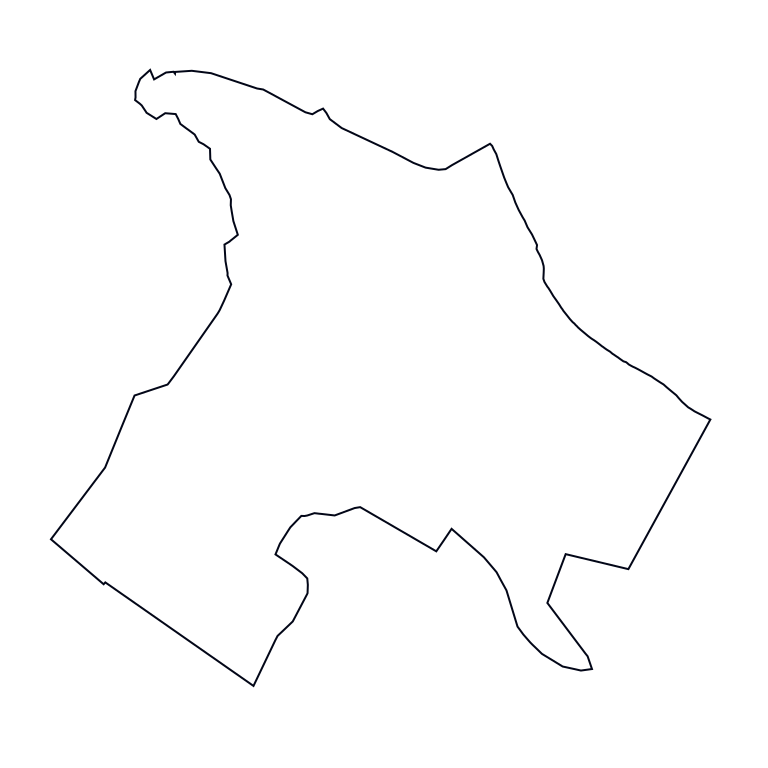 outline of Vide Bouteille, Castries, Saint Lucia, rotated 92°
{"feature_id": "8701671B48766638933033", "entity_name": "Vide Bouteille", "entity_type": "district", "adm_level": 2, "iso_a3": "LCA", "parent_name": "Saint Lucia", "parent_adm1": "Castries", "projection": "mercator", "projection_center": [-60.981, 14.025], "detail": "fine", "context": "isolated", "style": "outline", "palette": "ink", "viewbox_px": 768, "rotation_deg": 92, "n_neighbors": 0, "source": "geoboundaries", "source_scale": "gbopen_adm2", "svg_char_len": 3040}
<svg xmlns="http://www.w3.org/2000/svg" viewBox="0 0 768 768"><g transform="rotate(92 384 384)"><path d="M549.4,325.9L538.1,318.7L526.4,311.4L539.1,295.9L553.7,278.1L565.2,267.6L568.2,264.9L575.8,260.5L586.0,254.4L621.8,242.1L624.8,239.7L629.5,236.0L635.4,230.5L637.1,228.9L639.2,226.7L648.2,216.7L660.1,195.6L662.5,182.4L663.5,177.2L663.3,176.0L661.6,166.2L649.0,171.0L646.2,173.4L597.1,213.1L547.7,196.5L560.5,133.3L408.1,56.6L406.9,59.2L404.3,64.5L401.9,69.7L400.4,72.9L399.8,73.8L398.0,76.8L396.7,79.2L395.6,80.5L393.4,83.1L391.6,85.3L390.5,86.4L387.7,89.1L385.1,91.4L381.9,95.6L379.5,98.7L377.3,101.5L374.7,104.6L373.0,107.6L371.5,110.1L369.0,114.2L367.2,116.8L365.2,121.1L363.7,124.1L361.7,128.0L360.3,130.8L358.8,134.0L358.0,136.0L356.9,138.2L355.9,140.1L354.7,141.5L353.7,142.9L353.0,145.5L351.3,148.1L350.3,149.6L349.1,151.3L348.6,152.2L347.4,154.1L346.3,155.8L345.9,156.6L343.8,159.2L342.0,162.4L341.3,163.5L340.3,165.0L339.3,166.4L338.8,167.3L337.0,169.7L334.5,173.2L332.8,175.8L332.0,177.2L331.4,178.2L330.8,179.1L328.8,181.9L326.5,184.8L324.8,187.0L322.7,189.7L321.5,191.1L320.6,192.2L319.7,193.0L318.4,194.5L316.9,195.9L315.6,197.6L312.6,200.5L308.1,204.3L305.3,206.7L304.6,207.3L303.1,208.3L301.5,209.6L298.5,211.6L294.6,214.5L290.3,217.8L285.0,221.2L282.1,223.2L281.1,224.1L276.4,227.2L273.3,228.4L267.1,228.3L263.2,228.3L260.5,228.6L254.8,230.4L249.7,232.9L246.6,234.8L243.7,236.3L239.8,235.9L235.7,238.0L229.4,241.3L222.4,246.0L215.8,249.1L212.6,251.2L205.3,255.5L198.0,259.1L190.5,262.0L187.9,263.7L183.0,266.8L179.1,268.6L173.5,271.1L162.4,275.4L156.8,277.5L150.3,279.8L145.8,282.5L142.3,284.2L140.2,286.4L162.9,323.7L167.1,329.9L168.0,336.9L166.3,350.0L162.0,362.3L151.8,383.4L129.7,435.2L121.2,447.4L115.2,451.0L110.9,454.5L113.5,459.7L116.9,465.0L115.2,472.0L93.9,515.0L93.1,521.2L79.4,567.7L77.7,587.0L79.4,603.6L81.1,603.7L79.3,605.2L80.3,612.7L87.6,624.4L78.3,628.7L87.6,638.3L88.5,638.6L90.8,639.5L100.0,642.6L106.3,642.3L108.9,642.7L109.5,641.9L112.4,637.8L114.1,635.8L116.5,634.1L120.1,631.5L121.2,630.8L127.1,620.7L121.0,612.1L121.1,610.3L121.5,601.6L126.3,598.9L131.2,596.6L135.7,590.1L136.4,589.0L141.3,581.9L148.4,577.6L150.7,572.7L155.0,566.1L165.7,565.4L174.2,559.4L179.6,555.5L191.7,550.3L193.8,549.4L200.5,545.0L204.7,543.4L210.7,543.4L216.9,542.2L226.5,540.2L240.0,535.3L245.7,541.9L246.3,542.6L247.1,543.4L250.2,548.3L266.8,546.7L277.6,544.4L278.6,544.2L281.1,544.2L289.7,540.2L306.3,546.7L311.7,549.0L315.9,550.8L318.5,552.2L320.0,553.1L383.6,594.3L391.2,599.6L392.1,600.3L404.2,632.9L405.3,633.3L437.1,645.1L477.2,659.8L550.8,711.4L593.9,657.2L592.0,655.6L690.3,503.9L643.5,483.5L642.3,482.9L639.5,481.6L632.8,475.0L624.5,466.9L596.7,453.5L595.7,453.1L587.4,453.1L581.0,453.9L576.0,459.1L570.3,467.2L569.1,468.9L565.2,475.1L558.1,486.5L548.1,482.8L547.1,482.4L534.0,474.7L530.5,472.6L523.9,466.7L518.7,462.0L518.7,458.8L518.1,456.1L515.5,449.0L515.7,446.5L515.9,444.4L516.0,442.4L517.1,428.7L515.7,425.3L509.0,409.0L507.9,403.5L549.4,325.9Z" fill="none" stroke="#020617" stroke-width="2"/></g></svg>